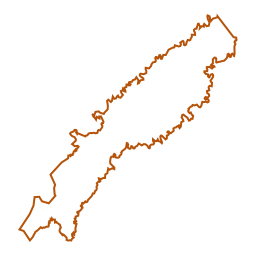 the district of Santiago Yaveo, Oaxaca, Mexico
{"feature_id": "50627088B23912384176542", "entity_name": "Santiago Yaveo", "entity_type": "district", "adm_level": 2, "iso_a3": "MEX", "parent_name": "Mexico", "parent_adm1": "Oaxaca", "projection": "equal_earth", "projection_center": [-95.477, 17.488], "detail": "fine", "context": "isolated", "style": "outline", "palette": "amber", "viewbox_px": 256, "rotation_deg": 0, "n_neighbors": 0, "source": "geoboundaries", "source_scale": "gbopen_adm2", "svg_char_len": 5772}
<svg xmlns="http://www.w3.org/2000/svg" viewBox="0 0 256 256"><path d="M29.9,240.4L32.6,237.2L35.6,231.7L37.6,230.4L40.8,227.2L42.3,228.2L43.7,227.4L44.6,227.7L46.4,226.7L48.2,226.7L48.7,226.0L48.9,222.5L49.7,222.6L49.5,220.9L50.9,220.5L50.7,218.8L51.6,219.0L51.8,218.5L52.2,219.5L51.8,220.9L53.1,219.4L54.9,219.6L55.0,222.5L56.5,221.9L56.9,222.7L59.9,224.7L60.8,227.7L60.0,228.7L59.5,230.7L59.9,231.9L61.0,233.5L61.8,233.8L62.2,234.8L62.7,235.2L63.2,234.5L63.8,234.8L66.3,237.3L66.7,238.1L66.6,239.9L68.2,240.6L69.3,240.2L71.2,240.5L72.1,238.7L73.6,237.6L72.3,236.2L72.0,234.1L73.1,232.9L73.0,234.3L74.2,234.9L74.2,233.1L75.7,231.6L75.4,228.2L76.5,224.0L74.2,223.3L74.1,221.5L74.9,221.1L75.9,221.9L76.3,221.5L74.7,218.6L75.8,217.9L75.6,216.6L78.2,215.7L78.6,212.7L78.2,212.5L77.7,213.1L77.2,212.6L77.4,211.9L79.9,210.9L81.7,208.9L81.9,207.7L82.5,207.6L82.2,206.4L81.3,206.5L80.8,206.0L81.9,204.4L82.1,203.0L82.5,202.8L83.5,203.5L85.3,201.4L86.1,202.2L87.3,201.8L87.9,200.1L91.7,196.1L92.9,193.4L93.9,193.6L94.6,192.8L94.9,191.2L96.2,190.2L96.8,188.8L96.5,186.6L97.5,185.0L96.8,183.3L98.5,181.5L99.6,181.8L100.4,181.0L99.0,179.4L98.8,178.4L101.2,179.0L103.2,178.0L105.0,178.0L105.3,174.4L107.3,173.3L108.2,168.5L109.4,169.7L112.2,168.3L114.3,169.1L114.3,167.5L110.3,163.6L110.1,161.4L110.6,158.2L111.2,156.9L112.3,156.5L113.5,156.9L113.7,154.5L114.2,153.9L115.3,154.6L115.4,156.9L116.0,157.6L118.1,157.7L119.4,157.1L119.5,155.8L121.2,154.4L121.7,152.3L121.4,152.2L122.0,151.2L125.0,148.9L126.1,147.4L126.8,143.1L127.5,143.3L128.2,144.5L127.8,146.4L128.2,148.0L129.8,148.9L130.7,148.2L131.2,146.2L131.7,146.2L132.5,146.7L133.3,148.4L134.5,148.4L135.4,146.8L137.1,145.9L138.8,143.5L141.8,145.4L143.8,144.1L145.5,144.3L147.4,145.7L148.7,148.1L149.4,148.2L149.1,148.6L149.6,148.3L150.1,145.5L151.4,144.6L153.3,144.4L154.0,143.7L154.1,143.2L153.0,140.7L153.0,139.3L155.3,141.2L156.8,141.0L157.7,139.4L158.3,141.0L160.3,141.7L161.8,143.2L162.1,142.5L160.8,139.3L160.3,136.5L160.8,135.6L161.8,135.7L165.6,139.4L166.8,138.5L166.8,135.5L167.8,135.4L168.7,134.5L168.5,132.8L167.4,132.2L167.8,131.5L168.6,131.4L170.1,133.2L170.8,133.2L173.7,130.8L173.4,128.6L174.2,127.8L176.0,127.4L177.3,126.2L178.6,126.5L179.6,128.1L180.5,127.0L178.8,125.7L179.0,125.3L180.9,125.5L181.3,122.1L183.4,121.2L182.9,119.4L181.6,117.4L182.4,114.9L183.3,114.6L187.5,117.8L188.9,120.6L190.1,120.3L191.1,118.7L192.5,118.8L193.1,115.6L191.7,114.6L190.8,112.5L189.6,113.1L188.4,111.8L188.2,111.0L188.9,109.7L188.4,108.8L190.9,106.6L192.1,106.1L192.6,105.0L194.7,105.4L196.8,104.6L199.2,107.2L200.2,107.3L201.2,106.1L202.3,101.9L204.2,102.1L205.7,101.6L207.6,102.4L208.7,101.6L208.6,100.2L207.7,99.0L205.6,99.5L204.7,98.6L204.7,98.0L205.6,97.0L207.7,97.7L209.2,95.9L209.0,94.4L207.2,93.0L207.0,91.0L209.3,90.3L208.6,87.3L209.2,86.2L209.9,85.8L211.7,86.3L212.0,82.6L210.9,81.9L210.5,80.7L212.8,77.4L213.2,75.3L212.4,74.1L210.8,74.6L209.9,75.7L209.5,77.2L209.0,77.4L208.1,76.5L208.0,74.4L205.7,73.9L204.4,72.4L204.4,71.3L207.2,71.1L207.4,69.6L206.7,68.2L206.8,67.1L209.6,67.0L212.0,68.5L213.4,67.0L214.4,66.7L213.7,65.8L211.7,65.9L210.9,65.2L212.9,63.2L212.8,59.4L214.5,57.6L215.7,57.8L216.2,58.6L216.2,62.3L216.5,62.5L224.3,60.6L226.6,58.3L227.3,56.8L227.6,54.3L228.4,53.8L229.2,54.3L229.3,56.4L230.0,57.0L230.8,56.8L231.4,54.4L232.3,53.6L233.2,53.9L233.7,55.8L234.1,56.0L234.6,53.3L234.4,46.5L235.4,43.9L234.5,42.2L235.3,40.5L236.2,40.5L236.5,39.9L236.2,37.6L233.6,37.2L217.5,16.2L217.4,17.3L212.9,18.7L211.0,20.9L210.1,19.1L209.6,16.4L207.7,15.4L207.3,16.0L207.8,18.9L209.5,22.6L208.7,25.8L206.7,26.2L204.2,23.9L203.7,24.8L203.9,26.6L201.7,26.2L199.9,28.1L200.2,26.4L199.4,25.4L198.7,23.7L198.0,23.8L196.5,28.7L195.4,28.6L194.0,29.8L194.1,31.3L194.9,32.4L195.1,34.9L191.8,34.7L191.8,37.0L190.9,38.2L190.3,40.0L189.7,40.4L187.8,39.9L186.5,42.7L186.1,44.6L184.7,45.3L184.1,45.0L183.5,41.4L182.9,40.9L180.3,42.6L181.0,44.5L180.2,46.1L178.4,46.4L174.9,45.3L174.3,47.4L172.6,47.7L168.6,49.7L165.8,55.0L163.3,54.9L161.9,58.8L160.9,58.7L160.7,56.0L159.9,55.0L159.1,55.5L158.8,57.5L158.1,58.5L157.6,58.5L156.8,57.1L155.8,57.0L155.3,58.0L155.8,60.8L155.4,61.8L152.9,62.4L151.5,64.3L151.0,66.2L149.0,68.4L145.7,67.8L145.6,68.9L146.4,71.5L146.2,73.1L143.6,74.2L140.7,73.7L140.1,74.0L139.8,75.1L140.3,76.2L143.3,78.4L143.4,79.7L140.9,80.2L140.0,81.0L138.8,83.2L138.0,83.5L138.4,80.3L136.4,77.2L134.9,79.5L132.8,80.2L132.0,81.7L129.1,82.2L128.8,83.4L130.6,84.3L130.0,85.3L128.4,85.3L127.5,84.5L126.5,84.5L126.3,87.1L124.6,87.6L124.1,88.3L125.3,90.5L125.4,91.6L124.0,91.1L123.7,89.7L123.0,88.7L122.5,90.5L120.9,91.1L121.2,92.6L122.9,94.9L120.6,97.7L118.7,97.2L118.0,95.6L117.0,96.4L115.9,98.4L114.3,98.8L112.8,96.5L111.9,101.0L110.9,102.0L108.4,99.7L107.1,100.9L107.9,105.8L107.6,109.4L104.3,112.8L103.8,113.9L100.2,112.8L98.7,111.4L95.5,111.9L94.1,115.6L92.3,113.9L93.5,116.7L94.8,117.8L96.0,119.6L96.6,116.8L99.4,118.4L99.3,116.4L101.0,116.4L103.5,121.8L103.1,123.0L102.1,123.0L101.5,123.6L101.9,124.7L101.7,124.8L102.4,125.9L102.2,127.2L100.0,130.4L98.6,130.0L98.0,130.5L97.4,132.9L95.6,133.3L93.8,132.7L91.8,133.2L90.8,132.9L88.5,133.6L87.4,135.3L85.9,135.6L85.4,136.4L77.6,133.2L77.3,133.7L77.1,133.0L76.8,133.4L76.0,132.3L76.7,131.1L76.4,130.2L75.7,129.8L74.5,130.0L73.9,131.2L70.6,132.7L70.1,133.5L70.4,134.3L72.1,136.1L74.5,137.1L75.9,139.2L75.8,140.7L72.1,144.1L74.8,146.2L77.7,145.8L78.6,146.7L77.4,148.3L76.3,148.8L76.6,149.6L76.4,150.5L75.5,150.0L75.2,151.1L74.5,150.7L74.0,151.3L73.4,152.3L73.3,153.7L72.5,154.0L72.5,155.0L71.5,155.0L70.6,156.0L70.1,155.0L69.1,155.8L68.4,155.6L68.1,158.3L61.7,162.4L50.5,174.6L55.1,184.7L54.1,188.1L54.7,194.7L55.4,195.7L48.8,203.3L42.0,201.3L39.2,196.8L34.6,197.1L33.5,205.6L29.7,214.2L19.5,229.5L23.7,231.0L29.9,240.4Z" fill="none" stroke="#b45309" stroke-width="2"/></svg>